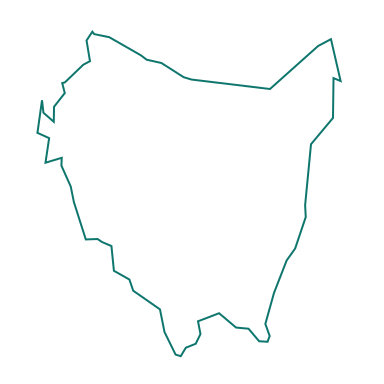 Davidson, Tennessee, United States of America, rotated 178°
{"feature_id": "52423323B37401868728279", "entity_name": "Davidson", "entity_type": "district", "adm_level": 2, "iso_a3": "USA", "parent_name": "United States of America", "parent_adm1": "Tennessee", "projection": "equal_earth", "projection_center": [-86.739, 36.187], "detail": "fine", "context": "isolated", "style": "outline", "palette": "teal", "viewbox_px": 384, "rotation_deg": 178, "n_neighbors": 0, "source": "geoboundaries", "source_scale": "gbopen_adm2", "svg_char_len": 859}
<svg xmlns="http://www.w3.org/2000/svg" viewBox="0 0 384 384"><g transform="rotate(178 192 192)"><path d="M286.0,355.7L292.1,347.1L289.4,326.3L296.2,323.0L315.2,306.0L317.9,305.4L315.7,295.3L326.9,282.0L327.7,267.0L337.7,276.4L338.7,288.9L344.4,256.5L332.9,250.8L337.4,226.4L321.0,230.7L321.6,222.9L313.0,201.7L310.4,186.1L299.8,148.3L288.0,148.3L283.6,145.1L274.4,140.8L272.8,116.0L257.6,106.7L254.2,95.4L228.1,75.8L224.4,53.1L214.1,30.1L209.0,28.3L203.6,36.6L193.6,40.2L188.5,49.7L190.5,62.6L169.2,69.9L152.7,55.0L140.3,53.4L130.1,40.5L121.7,39.7L119.4,45.4L123.3,57.6L113.6,88.2L99.8,120.3L90.9,131.9L79.2,163.0L79.4,174.9L71.4,235.6L48.5,261.1L46.6,300.9L39.6,297.7L47.8,339.9L60.9,333.5L110.5,292.2L188.5,304.4L196.3,307.0L218.1,322.0L232.7,325.8L238.2,330.3L269.3,349.6L284.2,353.2L286.0,355.7Z" fill="none" stroke="#0f766e" stroke-width="2"/></g></svg>